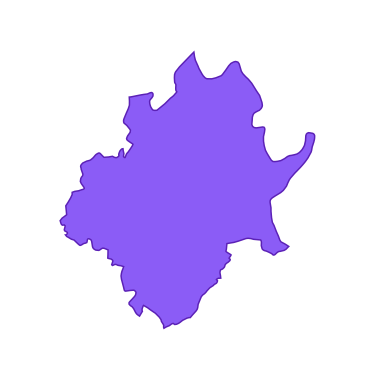 Viet Yen, Bắc Giang, Vietnam, rotated 220°
{"feature_id": "81297802B30186135932553", "entity_name": "Viet Yen", "entity_type": "district", "adm_level": 2, "iso_a3": "VNM", "parent_name": "Vietnam", "parent_adm1": "Bắc Giang", "projection": "equal_earth", "projection_center": [106.091, 21.27], "detail": "fine", "context": "isolated", "style": "filled", "palette": "violet", "viewbox_px": 384, "rotation_deg": 220, "n_neighbors": 0, "source": "geoboundaries", "source_scale": "gbopen_adm2", "svg_char_len": 5992}
<svg xmlns="http://www.w3.org/2000/svg" viewBox="0 0 384 384"><g transform="rotate(220 192 192)"><path d="M283.6,114.7L282.2,113.1L281.2,109.6L280.3,104.4L279.8,100.3L273.4,94.0L274.1,90.9L274.7,88.5L274.6,85.3L272.8,84.1L271.6,83.4L270.5,83.2L269.8,83.4L269.4,83.8L268.8,84.6L267.8,84.6L267.3,84.4L266.7,83.3L266.2,82.2L265.5,80.9L264.6,80.4L262.0,80.9L261.3,80.7L260.9,80.3L260.8,79.8L260.8,78.9L261.0,78.1L261.3,77.8L259.4,77.4L257.4,77.8L254.1,78.3L251.5,79.4L249.0,79.2L245.9,79.0L244.2,79.0L243.6,79.1L243.1,79.5L242.5,80.8L242.0,82.4L241.7,83.1L240.8,84.3L240.1,85.6L240.3,86.2L241.4,88.1L241.6,88.6L241.5,89.3L241.3,89.6L240.6,90.1L238.7,90.4L238.0,90.2L236.9,89.5L233.1,86.2L232.1,85.6L230.8,85.3L229.5,85.4L228.3,85.7L225.8,87.4L225.2,89.1L224.8,90.7L224.3,91.6L223.1,92.4L219.1,93.7L215.8,89.6L214.0,87.2L213.3,87.4L210.9,88.6L209.9,88.7L209.1,88.7L208.6,88.5L208.3,88.3L207.6,86.8L207.4,86.2L207.0,85.2L206.8,84.7L206.4,84.6L205.7,84.6L205.1,85.7L204.8,86.5L204.2,87.3L203.3,87.8L201.7,88.2L200.3,89.0L199.1,89.8L196.4,90.9L195.6,88.9L194.7,86.2L193.7,84.2L192.4,82.1L190.0,79.9L183.5,75.3L180.8,73.3L180.3,73.1L179.4,73.2L178.5,74.1L176.1,76.8L174.0,78.9L173.5,79.3L172.8,79.6L171.7,79.5L170.8,79.3L170.2,78.9L169.5,77.7L169.1,76.8L168.9,75.3L168.9,74.1L169.1,69.6L169.2,67.4L169.0,66.6L168.5,66.1L168.2,65.7L167.3,65.5L166.0,65.4L164.0,65.6L161.7,65.1L157.6,63.4L156.0,63.0L154.4,63.0L152.4,63.2L153.3,68.7L154.1,69.2L155.1,70.4L156.0,72.8L156.2,73.5L156.2,74.0L151.7,74.8L147.9,75.0L142.1,75.6L136.6,75.1L133.7,74.3L132.2,73.2L129.1,72.2L127.9,71.6L126.9,70.2L125.9,69.6L125.1,71.9L124.5,73.1L123.4,75.2L122.9,77.5L122.7,78.1L122.2,78.9L121.8,79.3L120.3,79.3L119.8,79.7L118.9,80.7L118.3,81.8L117.7,83.2L117.3,84.8L116.7,87.7L114.8,92.1L113.6,93.8L112.6,94.7L112.6,98.1L112.4,103.5L112.5,104.5L112.7,105.7L113.3,107.1L115.1,109.9L116.7,114.9L117.6,117.8L117.6,119.1L117.6,120.0L117.0,122.4L117.0,123.1L116.9,123.9L117.0,125.9L116.8,130.0L115.5,134.3L115.6,134.8L115.5,135.6L115.2,136.3L114.7,137.7L114.7,138.3L114.8,139.0L115.2,140.0L115.4,140.4L117.0,140.6L117.0,141.2L116.5,142.7L114.6,144.5L116.6,146.4L118.7,148.1L119.6,149.5L119.9,150.3L120.0,150.6L119.9,151.1L119.7,151.5L119.4,152.0L119.1,152.7L118.9,154.6L118.9,155.1L119.0,155.7L119.7,157.2L119.9,158.2L119.7,159.8L119.2,161.4L118.9,163.8L119.0,164.2L119.5,165.0L120.6,165.0L121.0,165.1L121.1,165.3L121.4,168.4L121.8,169.0L125.9,168.4L126.9,168.3L127.7,168.3L128.1,168.7L128.9,170.3L132.1,174.9L130.3,177.1L127.6,180.2L125.1,183.9L120.7,191.1L119.3,192.6L116.9,194.2L114.5,195.3L108.6,199.4L107.4,198.9L106.4,198.0L104.4,195.4L101.8,193.6L101.1,193.4L100.2,193.4L99.0,193.6L97.1,194.5L94.4,195.3L91.4,196.0L89.5,195.9L89.0,196.1L88.5,196.7L88.2,197.5L88.0,199.4L87.9,200.3L87.7,201.1L87.2,202.3L86.4,203.1L83.9,206.5L83.2,208.5L82.9,212.5L87.0,212.0L91.8,211.0L93.8,211.6L97.4,213.7L102.1,216.0L107.7,219.1L110.9,220.4L114.5,223.4L119.0,227.9L121.3,230.6L125.7,234.4L126.4,235.4L126.7,236.0L126.9,236.8L126.9,238.0L126.7,239.3L125.6,242.9L123.7,248.5L123.1,251.9L123.2,254.4L123.4,257.3L124.4,260.4L125.3,263.9L125.5,266.0L125.4,272.3L124.8,280.6L124.7,284.3L124.7,287.3L124.8,289.1L125.1,292.6L126.4,299.0L127.0,300.5L128.9,303.8L130.8,308.5L132.2,311.3L133.5,313.1L134.5,314.2L135.7,314.7L137.1,314.6L139.4,313.3L140.9,312.3L141.5,311.1L141.6,309.8L141.0,308.3L137.9,304.1L135.8,300.0L135.3,297.8L134.9,295.2L135.0,292.5L135.3,290.6L136.1,288.4L137.5,286.4L139.1,284.3L140.7,282.5L141.7,280.5L142.5,277.2L144.1,273.2L146.1,270.6L148.0,268.6L149.6,267.4L151.6,267.3L154.2,268.1L159.2,269.8L162.6,271.2L166.6,274.0L169.9,276.9L172.8,280.3L175.0,284.5L176.6,287.0L177.6,287.7L178.5,287.9L179.7,287.2L181.2,285.5L184.1,282.3L185.9,281.3L187.7,281.2L189.6,282.2L191.9,285.5L193.9,288.2L194.9,290.6L195.1,292.2L194.6,294.0L193.6,296.5L192.9,297.9L192.7,300.5L193.1,302.4L193.8,303.6L195.9,305.5L199.3,307.6L202.3,309.4L207.6,310.9L214.0,313.0L216.2,313.7L221.3,314.6L225.1,314.8L229.1,315.3L231.8,316.2L238.3,320.5L240.3,321.0L241.7,320.4L242.7,319.8L243.7,318.3L244.6,316.2L244.9,315.3L244.9,314.1L245.0,312.3L244.5,307.0L244.3,303.7L244.2,301.9L244.3,300.0L245.1,298.5L247.1,294.8L249.6,291.4L253.4,288.3L254.9,287.9L255.7,287.9L258.1,288.2L260.4,288.9L266.1,291.1L268.1,292.2L274.1,295.1L277.1,297.3L280.5,300.4L280.9,295.7L282.0,279.8L281.8,273.6L281.5,272.4L280.8,270.7L278.9,268.2L276.0,265.1L275.3,264.6L274.2,264.3L273.6,264.0L273.1,263.6L271.2,261.1L270.4,260.2L269.5,259.4L269.0,259.2L268.3,259.1L268.1,259.0L267.9,258.3L268.0,256.8L268.0,254.0L268.3,252.3L268.8,250.0L269.5,242.1L271.4,232.1L272.3,231.2L273.2,230.4L274.3,229.8L274.9,229.7L275.7,229.8L278.4,230.7L280.9,232.3L282.6,234.0L283.1,234.9L283.3,235.6L283.3,238.6L283.6,240.4L284.4,241.5L285.0,242.1L285.7,242.4L286.2,242.4L286.8,242.3L287.8,241.2L289.2,238.4L291.7,235.7L293.9,233.1L299.9,225.6L301.1,224.4L298.4,221.5L295.7,218.2L294.3,214.7L293.1,210.5L291.3,204.8L290.9,203.7L290.4,202.8L289.4,201.7L288.4,201.1L284.7,201.1L280.8,200.3L279.0,199.9L277.7,197.9L277.7,197.3L277.4,193.7L277.0,192.2L276.4,190.8L275.5,190.2L274.0,190.1L270.6,190.4L268.4,190.7L267.9,190.6L267.4,189.0L266.9,184.9L266.6,181.3L266.7,180.2L266.6,178.9L266.2,177.7L265.4,175.4L265.9,175.0L266.6,175.0L267.4,175.3L268.9,177.7L271.2,179.4L272.7,180.8L273.3,180.1L273.5,179.6L273.6,178.8L273.6,178.1L273.6,177.2L273.2,175.8L272.5,174.0L272.0,173.4L271.4,172.9L271.2,172.3L271.2,172.0L271.6,170.4L272.0,169.8L272.4,169.4L273.1,169.0L273.7,168.7L275.9,168.2L278.4,165.2L281.6,162.1L282.3,162.0L287.2,162.5L288.2,162.2L288.7,161.6L289.3,160.1L289.6,159.0L289.7,158.1L289.7,155.3L289.8,154.1L290.3,151.3L290.9,150.2L292.5,148.0L294.3,144.0L294.4,141.9L294.2,140.9L293.9,140.2L293.4,139.7L292.1,138.8L291.5,138.2L287.2,135.6L286.8,135.2L286.3,134.2L286.2,133.4L286.2,132.2L285.8,130.7L284.3,128.3L282.2,127.3L277.7,126.1L277.0,125.7L276.8,125.4L276.8,124.8L277.2,123.9L277.8,123.1L279.6,120.1L282.3,117.0L283.6,114.7Z" fill="#8b5cf6" stroke="#5b21b6" stroke-width="1.5"/></g></svg>